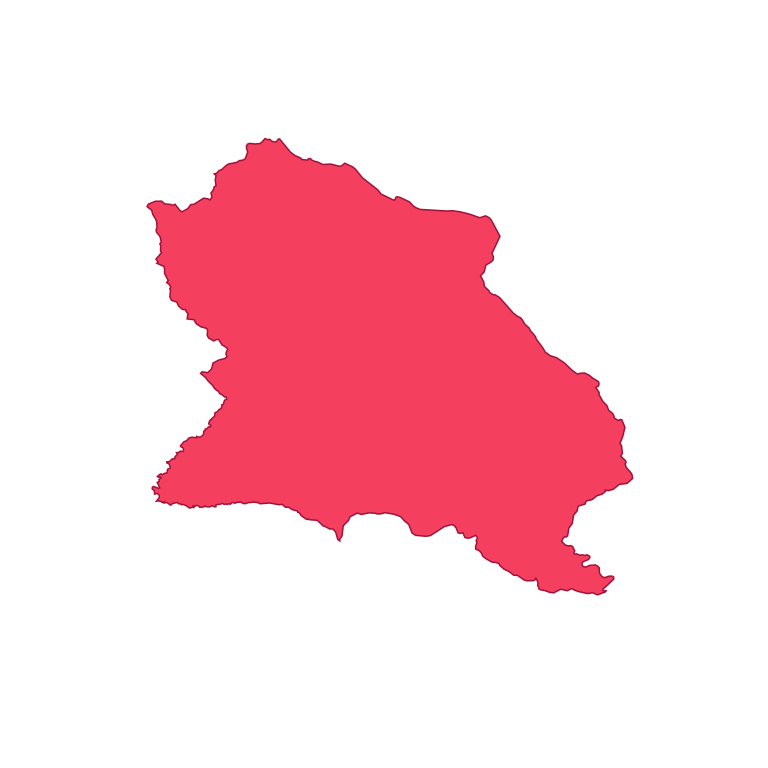 the district of Nqoe, Butha-Buthe, Lesotho, rotated 292°
{"feature_id": "5366337B84603329335542", "entity_name": "Nqoe", "entity_type": "district", "adm_level": 2, "iso_a3": "LSO", "parent_name": "Lesotho", "parent_adm1": "Butha-Buthe", "projection": "equal_earth", "projection_center": [28.538, -28.865], "detail": "fine", "context": "isolated", "style": "filled", "palette": "rose", "viewbox_px": 768, "rotation_deg": 292, "n_neighbors": 0, "source": "geoboundaries", "source_scale": "gbopen_adm2", "svg_char_len": 6169}
<svg xmlns="http://www.w3.org/2000/svg" viewBox="0 0 768 768"><g transform="rotate(292 384 384)"><path d="M564.4,436.2L576.2,422.0L577.5,419.5L577.9,416.8L577.9,415.1L574.0,410.5L573.6,400.1L572.2,390.2L570.3,382.6L567.9,377.4L559.4,352.0L559.4,347.4L560.2,344.0L562.4,339.5L563.0,328.9L562.6,326.3L561.7,325.1L558.8,325.1L558.1,324.0L559.0,310.2L561.7,305.4L567.1,286.8L572.5,277.0L573.6,273.5L574.0,264.9L570.1,262.8L569.1,260.7L568.0,252.3L564.6,245.0L565.0,239.5L564.4,235.2L564.6,233.1L565.5,231.3L564.6,229.5L562.9,229.2L561.4,223.7L562.3,222.0L562.5,215.8L564.0,210.3L572.1,195.4L571.5,194.3L568.2,193.4L567.2,191.3L567.2,188.6L568.1,186.6L567.0,184.5L567.0,181.7L562.5,180.2L560.4,178.8L558.2,174.4L556.8,169.4L555.3,167.6L553.3,167.3L551.4,168.0L548.0,170.7L540.9,171.0L538.6,169.2L537.1,166.4L534.3,164.4L530.0,157.8L528.1,156.1L521.7,153.0L520.2,151.1L516.6,149.8L515.3,147.9L514.3,150.2L509.9,151.1L504.8,154.0L503.4,152.7L499.7,153.0L496.3,152.0L492.9,154.5L489.4,153.6L489.7,151.4L488.8,147.2L479.4,140.4L478.1,137.7L473.0,136.3L468.1,132.3L468.3,130.1L472.4,122.8L470.6,121.4L470.6,118.9L468.9,113.4L470.2,109.3L467.9,103.7L462.5,98.1L459.7,97.9L458.1,103.4L454.4,106.3L451.6,110.2L449.1,112.5L444.0,115.0L442.0,114.8L439.7,116.0L436.7,121.2L432.1,124.3L429.8,123.7L428.9,125.0L423.6,127.0L422.5,128.5L414.4,125.8L412.3,128.9L410.8,128.1L410.6,135.8L408.9,137.2L404.4,139.1L399.0,145.2L396.7,144.5L395.8,147.5L394.1,150.0L392.0,149.7L390.9,150.9L384.5,152.8L381.9,155.7L382.4,161.2L379.4,164.1L377.6,169.2L378.5,172.1L376.8,173.8L375.9,175.8L370.6,177.1L372.5,184.3L370.8,185.5L369.3,188.1L368.4,193.2L369.1,198.4L368.0,200.2L362.7,201.9L361.0,204.1L360.1,210.0L362.4,212.0L363.3,214.0L359.5,219.3L359.1,222.9L357.8,226.1L354.1,225.8L352.2,226.5L350.3,228.3L347.7,226.5L344.5,222.0L339.4,217.6L333.6,218.5L328.5,216.3L327.2,210.9L325.1,209.9L323.1,216.2L321.0,219.6L318.0,226.7L317.2,227.0L315.4,231.1L315.3,233.0L313.5,235.4L313.3,238.4L312.2,241.2L312.8,242.7L311.0,243.8L309.2,242.2L305.2,242.6L303.9,241.4L302.6,242.1L299.7,241.9L298.8,240.7L295.7,239.7L294.1,238.1L290.6,239.0L287.4,237.2L286.1,237.2L285.4,236.2L282.0,236.2L281.2,236.7L280.8,238.9L279.3,239.0L278.5,237.3L275.9,236.3L275.2,235.1L274.2,235.5L272.6,234.6L269.6,235.5L268.6,235.1L266.3,233.9L265.0,231.2L265.3,230.0L263.8,230.0L262.8,225.9L260.9,223.4L257.2,222.1L255.8,220.2L250.4,218.4L249.8,219.0L249.5,221.7L247.5,222.9L246.2,222.9L245.3,220.1L244.2,219.9L242.6,217.3L241.4,218.8L238.4,217.5L236.1,217.8L235.2,215.6L231.8,214.2L230.4,211.7L229.5,212.1L229.6,214.3L226.7,217.2L225.9,217.2L223.9,215.3L220.3,216.1L218.8,213.8L217.0,212.7L217.2,211.2L216.7,210.3L213.4,208.5L213.0,209.7L214.1,211.6L213.4,212.4L211.0,211.1L209.4,212.1L207.7,210.6L203.7,215.0L202.8,214.0L202.7,208.6L201.3,207.9L200.0,208.3L198.9,211.0L196.0,212.6L197.6,214.9L196.8,217.2L194.7,218.2L190.1,216.9L190.9,218.1L191.6,221.3L191.1,222.7L192.3,224.0L191.2,223.7L191.2,224.4L192.8,227.4L191.6,231.3L194.3,233.1L196.6,236.7L196.0,238.9L196.7,240.0L196.1,241.4L197.1,243.0L197.2,245.5L196.1,250.3L198.2,252.9L198.2,254.0L199.3,254.1L199.7,253.1L200.3,254.9L201.2,255.5L201.4,258.2L200.6,259.5L202.7,263.2L203.8,263.5L203.7,265.7L204.7,268.3L206.8,270.4L206.6,273.1L207.4,274.2L208.6,273.4L210.0,274.6L210.5,276.2L212.8,279.2L212.5,281.0L213.7,282.5L213.5,283.7L214.8,285.0L215.0,286.6L217.2,287.6L217.9,291.0L219.1,291.8L220.9,295.8L220.4,298.0L221.1,300.3L223.5,302.9L223.6,303.9L225.5,306.9L226.8,311.6L226.5,313.9L230.8,322.5L232.8,332.1L234.3,334.7L232.8,338.5L234.0,342.2L233.1,345.6L233.8,351.2L232.8,352.0L232.8,353.9L230.9,356.5L229.6,362.1L229.6,363.6L230.6,364.5L230.2,365.6L232.6,373.2L229.6,380.7L229.8,383.1L229.2,387.9L230.2,390.2L230.2,391.6L228.5,394.7L222.5,399.4L221.9,401.8L223.4,401.1L227.4,402.0L237.3,399.3L243.9,402.1L248.2,402.3L254.3,407.6L254.6,411.9L258.8,418.2L260.8,423.9L261.0,426.5L262.3,429.5L265.1,433.4L267.0,442.1L267.2,447.4L267.2,449.3L264.7,454.3L263.1,459.5L256.3,465.9L255.5,470.0L258.5,479.9L260.8,483.8L274.4,493.4L278.9,499.3L279.2,501.8L277.4,505.0L273.8,508.3L273.8,510.2L275.6,512.9L272.0,516.5L272.3,519.1L273.6,521.5L278.1,525.8L276.3,528.4L273.4,528.1L271.5,529.6L267.6,529.8L265.3,530.9L265.1,534.9L263.5,538.0L261.4,539.9L260.3,543.5L259.3,550.8L260.4,554.7L260.6,558.0L259.3,559.0L257.2,564.8L257.0,570.0L255.3,576.0L256.6,579.4L254.8,587.0L255.0,590.0L257.5,595.9L258.5,597.2L260.8,597.6L257.8,601.0L254.4,602.1L253.7,603.4L252.1,604.4L251.8,605.9L252.7,610.4L252.9,615.8L253.9,619.6L259.9,624.7L261.0,631.4L264.7,634.8L264.2,637.8L264.4,642.0L265.8,650.7L267.0,653.4L268.5,655.0L268.5,661.0L274.3,667.3L275.5,667.4L274.5,665.3L274.7,664.1L275.5,663.8L289.2,670.1L291.0,669.3L291.3,667.2L289.8,664.1L287.2,661.3L287.0,658.5L289.3,654.7L294.2,652.4L295.2,650.3L295.4,647.7L292.9,642.6L289.9,639.8L289.3,637.2L290.4,635.4L292.6,634.8L294.1,635.5L297.7,639.2L300.0,639.9L301.4,639.3L301.7,636.2L300.4,634.7L299.8,631.6L298.6,629.7L298.7,626.3L297.6,624.4L298.8,623.4L300.9,623.3L304.0,619.7L304.1,617.7L303.0,615.6L302.6,612.5L304.5,607.7L308.9,607.9L309.9,608.6L310.3,610.1L312.0,611.1L319.7,609.4L325.1,610.8L333.4,608.9L338.5,610.6L342.7,609.9L344.0,610.4L347.9,615.3L350.9,615.3L352.6,616.7L353.3,618.5L355.4,620.7L360.1,623.2L363.4,627.3L366.9,629.4L368.6,629.1L369.0,631.8L372.2,636.0L379.1,639.8L382.8,646.5L389.1,649.7L389.9,649.8L392.5,648.2L394.2,646.2L397.4,639.9L398.5,638.9L400.2,637.5L401.9,637.8L403.3,636.8L405.9,630.4L409.0,631.1L416.0,627.2L417.0,625.1L425.0,625.0L434.1,623.6L439.9,617.9L439.6,616.4L437.9,614.7L438.6,610.6L441.4,608.3L442.8,606.0L443.8,602.1L447.6,598.6L449.7,593.6L454.6,587.5L456.8,586.6L460.0,581.8L462.5,583.6L464.5,583.4L466.5,582.1L467.8,574.6L469.1,570.7L469.3,565.7L467.0,561.0L465.5,560.0L467.1,553.4L471.2,543.1L473.0,534.3L472.5,527.6L473.9,521.7L477.2,517.4L482.8,508.2L484.6,506.8L488.4,499.7L490.3,497.6L492.3,492.0L495.6,487.8L496.6,485.5L496.8,482.3L498.2,477.3L507.4,458.9L508.3,454.0L507.7,451.1L508.4,447.9L509.9,446.1L512.1,440.5L516.0,438.3L520.6,432.9L525.4,434.9L532.4,433.9L537.5,437.8L539.9,438.7L542.9,437.8L545.6,435.2L564.4,436.2Z" fill="#f43f5e" stroke="#9f1239" stroke-width="1.5"/></g></svg>